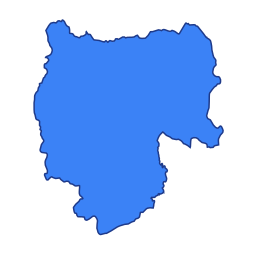 Tien Phuoc, Quàng Nam, Vietnam (Equal Earth projection), rotated 183°
{"feature_id": "81297802B51785257245499", "entity_name": "Tien Phuoc", "entity_type": "district", "adm_level": 2, "iso_a3": "VNM", "parent_name": "Vietnam", "parent_adm1": "Quàng Nam", "projection": "equal_earth", "projection_center": [108.26, 15.491], "detail": "fine", "context": "isolated", "style": "filled", "palette": "blue", "viewbox_px": 256, "rotation_deg": 183, "n_neighbors": 0, "source": "geoboundaries", "source_scale": "gbopen_adm2", "svg_char_len": 5763}
<svg xmlns="http://www.w3.org/2000/svg" viewBox="0 0 256 256"><g transform="rotate(183 128 128)"><path d="M215.1,221.1L213.2,216.5L212.7,214.6L212.5,211.5L212.3,210.6L211.0,208.4L210.3,206.3L208.3,203.8L207.8,202.2L207.7,201.3L208.1,199.5L208.5,198.4L209.1,197.4L210.5,196.3L213.5,194.9L213.9,194.1L212.7,194.0L211.7,193.4L211.0,192.4L210.8,191.8L210.8,191.1L213.0,188.1L214.1,187.8L214.6,187.4L214.9,186.5L214.7,183.8L212.8,182.8L212.0,181.8L211.4,180.1L211.5,179.1L211.9,177.9L212.9,176.9L213.6,175.5L213.8,174.5L215.0,173.5L215.1,173.2L216.2,169.3L216.5,168.4L218.1,168.0L218.7,167.6L218.5,165.9L218.5,165.4L219.6,163.5L219.9,161.0L220.1,160.3L221.5,158.7L222.1,157.6L222.8,155.7L222.9,155.0L222.8,151.5L223.1,148.3L222.7,141.2L222.3,138.2L221.6,136.6L220.4,132.4L219.7,131.7L217.7,131.0L216.8,130.2L216.6,129.7L216.5,126.2L216.4,125.8L215.5,124.8L215.4,124.3L215.4,123.2L215.8,122.1L215.7,121.9L215.5,121.6L214.6,121.1L214.4,120.4L214.9,117.7L214.8,116.6L214.4,115.8L213.8,115.1L212.9,113.0L211.9,112.0L211.5,111.1L211.5,110.2L213.0,107.9L213.6,106.8L214.6,101.9L214.5,100.8L214.0,99.9L212.7,99.1L208.3,98.7L207.6,98.1L207.1,96.9L207.5,94.4L208.7,91.5L209.0,89.6L208.6,86.6L206.3,81.6L206.2,79.9L206.4,78.7L206.7,78.3L208.5,78.1L208.7,77.8L208.9,77.0L208.8,76.4L207.4,73.5L206.6,72.1L206.3,72.0L205.3,71.9L205.0,72.2L203.4,74.0L202.0,75.2L201.5,75.2L200.1,74.5L197.6,73.8L193.7,74.5L193.5,74.4L192.7,73.3L192.2,72.9L189.3,70.9L188.4,70.9L186.7,71.6L184.8,71.6L184.0,71.0L182.8,69.4L180.4,69.0L177.9,67.5L176.9,67.4L173.8,68.0L173.4,67.9L173.2,66.6L173.3,62.4L173.2,60.3L172.9,59.2L172.3,58.0L171.0,57.2L170.4,56.6L169.6,55.7L169.4,55.2L169.6,54.9L171.7,54.6L172.2,54.1L173.1,52.2L176.2,49.1L178.2,46.0L178.3,45.6L178.2,45.1L177.5,42.1L177.0,40.8L176.5,40.2L175.0,40.0L174.4,38.1L173.5,36.9L173.0,36.8L169.3,36.9L167.1,36.7L166.9,36.6L166.4,35.0L166.0,34.3L165.0,33.8L164.1,33.9L162.0,35.1L158.7,37.9L157.3,38.3L156.2,38.0L155.7,37.6L154.5,36.0L153.7,34.3L153.6,33.2L153.8,30.1L153.8,26.3L153.7,25.9L153.3,25.0L152.5,22.4L151.6,21.1L150.4,20.3L149.7,20.2L145.2,21.6L143.9,21.7L139.5,24.4L133.4,28.7L131.0,29.9L126.3,31.6L122.7,32.2L119.5,34.3L116.9,35.3L116.1,36.8L115.6,37.4L115.1,37.8L113.3,38.4L111.9,39.7L111.2,44.3L110.7,44.5L108.7,44.6L105.5,48.2L104.4,48.9L101.9,49.5L98.7,49.4L98.3,51.6L98.2,53.8L97.7,55.4L97.7,56.5L97.9,56.8L98.2,56.9L99.4,56.5L99.8,56.6L99.9,57.8L100.2,58.3L101.2,58.8L101.1,59.5L100.9,59.9L100.4,60.0L99.3,59.9L98.6,60.2L97.7,60.1L96.5,61.5L95.3,62.2L94.6,62.3L94.4,63.5L93.9,64.0L93.3,64.0L93.0,63.2L92.3,63.9L91.2,64.1L90.2,64.7L89.4,65.8L89.0,65.5L89.0,66.4L89.3,67.8L90.5,69.6L90.6,69.9L89.9,70.5L89.4,71.2L89.1,72.1L89.2,72.7L89.9,73.7L90.0,74.1L90.0,74.9L89.6,76.1L88.9,76.4L88.1,76.2L87.8,76.2L87.5,76.5L87.1,77.2L86.8,78.7L86.8,79.9L88.0,82.9L88.3,84.8L87.9,86.0L87.0,86.2L86.7,86.7L86.5,87.6L87.0,88.7L88.9,90.2L89.0,91.5L89.4,92.0L90.2,92.0L90.7,91.3L91.2,90.3L91.5,90.3L91.9,91.3L91.6,93.2L91.7,93.8L92.1,94.3L92.4,94.2L93.1,92.8L93.3,92.8L94.5,94.1L94.6,95.1L94.5,96.6L95.1,97.5L95.1,99.2L95.8,101.5L95.8,102.3L96.4,104.2L96.5,105.3L97.0,106.4L97.2,107.3L97.1,108.1L96.9,108.9L97.0,109.4L97.3,110.0L97.1,110.5L96.6,110.9L96.3,111.4L96.2,112.6L96.3,114.0L96.6,114.7L98.2,116.9L97.3,119.8L96.5,121.6L95.5,123.2L93.1,125.8L92.5,125.5L89.3,122.7L85.5,121.2L83.2,119.6L79.1,119.0L77.0,119.4L75.8,118.9L74.0,117.9L72.9,116.8L71.7,115.3L70.4,115.0L68.6,114.2L67.1,113.4L64.9,111.8L64.7,112.8L64.7,118.2L64.5,120.1L64.3,120.5L63.8,121.0L61.9,121.8L59.4,121.8L57.6,120.9L56.3,119.5L53.3,117.4L50.0,116.8L48.6,116.1L48.4,115.8L48.1,115.0L47.8,113.0L47.7,113.0L46.5,113.3L46.1,113.4L44.9,112.7L42.1,113.1L41.8,113.3L40.9,114.6L40.3,114.9L36.6,115.9L37.1,120.1L37.0,122.0L35.4,125.7L33.6,127.9L33.1,128.7L32.9,130.4L33.4,131.8L34.5,133.9L35.3,134.7L35.6,134.8L36.2,134.6L37.6,133.1L38.2,132.6L39.2,132.6L40.7,133.3L42.9,135.4L46.2,140.4L48.9,141.6L49.9,143.6L50.1,144.5L49.0,149.8L48.4,151.6L48.2,152.7L48.3,158.7L48.5,164.0L48.5,166.0L48.3,167.1L45.8,171.0L43.9,173.5L42.1,174.8L41.0,176.6L39.2,176.9L38.5,177.3L38.0,178.7L38.1,181.0L39.1,183.1L39.5,183.6L40.6,184.0L42.1,183.9L43.2,184.2L44.3,184.8L45.3,185.8L46.0,186.9L46.2,187.7L46.3,188.6L45.8,192.2L44.9,193.9L43.6,195.2L43.5,195.5L43.4,195.9L43.9,197.8L43.8,199.9L44.1,200.8L46.1,203.2L46.9,205.4L48.3,210.3L48.8,214.2L49.5,217.2L50.1,219.2L50.4,219.7L51.4,220.7L53.9,222.1L54.2,222.8L54.9,222.8L57.7,226.3L63.7,233.0L64.1,233.3L65.2,233.4L65.8,233.8L66.1,234.3L67.4,234.6L71.9,234.1L72.4,234.4L73.2,235.4L73.9,235.1L74.8,235.4L75.4,235.8L75.7,235.8L76.1,235.4L77.4,233.0L81.6,225.0L82.1,224.6L83.2,224.9L85.5,226.4L86.6,227.0L88.8,227.7L89.3,227.7L90.1,227.0L91.2,226.7L92.9,227.0L96.1,228.0L97.3,228.2L97.9,228.1L98.5,227.9L99.7,227.0L101.0,227.4L102.7,227.6L108.4,225.5L110.6,225.3L112.8,221.4L115.3,218.6L118.7,218.2L120.2,218.3L121.4,218.6L123.4,221.1L124.6,220.7L126.8,219.2L129.0,218.8L133.3,218.5L135.1,217.9L136.4,218.7L138.1,218.6L141.8,216.2L142.6,216.1L143.5,216.6L145.1,216.3L145.3,215.6L146.3,214.2L148.2,213.8L150.3,214.3L150.8,214.3L151.3,213.9L152.2,212.9L152.7,212.6L154.3,213.9L154.8,213.9L155.9,212.8L156.4,212.7L158.2,213.0L161.4,213.9L166.5,214.2L167.1,214.7L168.6,216.6L170.5,219.3L171.5,219.5L172.5,219.3L174.7,222.0L174.8,221.8L174.8,219.8L175.1,219.2L176.4,218.2L177.6,217.5L179.9,217.1L180.9,215.7L181.3,215.6L182.5,215.8L184.2,216.5L185.1,216.5L186.3,217.0L186.7,217.3L187.6,218.7L188.6,219.3L191.1,219.5L191.3,220.0L191.4,222.5L191.6,223.8L192.2,225.7L193.8,226.4L194.8,227.2L195.5,228.1L197.1,231.0L198.2,232.0L198.9,232.4L199.4,232.2L200.0,230.9L200.8,230.9L201.9,231.4L203.4,231.3L203.9,230.9L205.2,229.3L205.5,229.2L207.7,229.5L210.4,228.7L210.9,228.3L212.4,226.2L215.1,221.1Z" fill="#3b82f6" stroke="#1e3a8a" stroke-width="1.5"/></g></svg>